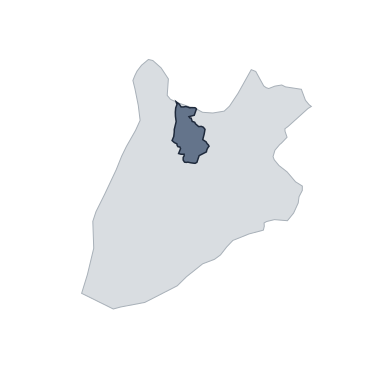 Kayanza on a map of Burundi (Natural Earth projection), rotated 25°
{"feature_id": "BDI-2640", "entity_name": "Kayanza", "entity_type": "Province", "adm_level": 1, "iso_a3": "BDI", "parent_name": "Burundi", "parent_adm1": "", "projection": "natural_earth1", "projection_center": [29.667, -2.994], "detail": "fine", "context": "in_parent", "style": "filled", "palette": "slate", "viewbox_px": 384, "rotation_deg": 25, "n_neighbors": 0, "source": "natural_earth", "source_scale": "10m", "svg_char_len": 1906}
<svg xmlns="http://www.w3.org/2000/svg" viewBox="0 0 384 384"><g transform="rotate(25 192 192)"><path d="M264.0,64.0L261.8,67.4L251.5,91.7L249.5,95.4L250.6,97.6L255.0,102.2L252.4,109.9L251.4,112.0L249.5,119.1L250.5,125.7L253.0,128.1L259.7,131.3L269.7,133.6L281.5,139.0L289.5,140.0L291.3,144.0L291.0,151.0L292.9,157.1L293.0,168.1L290.6,177.7L278.4,182.2L272.1,187.2L270.4,189.6L272.0,192.5L272.8,196.4L261.3,206.0L249.5,218.6L246.7,227.0L244.4,237.0L240.9,243.4L232.0,252.6L222.8,271.1L218.3,283.2L195.9,312.0L175.9,326.4L170.1,331.3L134.8,330.5L132.1,311.0L126.7,284.5L114.5,260.5L113.3,250.4L113.8,231.1L113.9,203.9L113.1,189.2L113.3,178.6L114.8,160.0L114.7,149.0L106.7,136.2L96.7,122.6L91.3,115.9L91.0,110.6L91.1,105.6L92.7,98.4L96.5,90.3L100.9,89.4L111.6,92.6L122.8,99.5L128.7,114.9L133.3,117.1L141.5,117.1L162.6,115.0L167.9,115.3L177.5,111.6L187.0,105.1L189.7,98.4L192.0,83.3L194.0,56.1L198.8,55.8L212.1,65.5L215.0,66.1L217.8,65.8L222.4,61.0L228.1,57.1L232.3,57.2L247.7,52.7L256.0,60.9L261.2,63.4L264.0,64.0Z" fill="#d9dde1" stroke="#a8b0b8" stroke-width="1"/><path d="M159.0,114.4L159.8,114.4L161.0,114.9L161.0,115.7L161.6,121.5L157.4,125.0L158.8,125.8L160.0,125.4L162.4,128.0L163.8,127.7L165.1,127.7L166.3,128.7L170.4,129.9L172.7,128.6L174.9,128.5L177.3,129.7L178.5,134.1L179.6,140.0L183.6,140.6L185.2,141.8L186.9,142.4L188.1,143.3L187.7,145.0L187.6,147.4L188.1,149.6L183.1,156.0L183.9,163.1L182.7,164.7L181.0,165.3L178.3,166.1L175.6,166.7L174.3,167.6L172.6,168.1L170.5,166.8L169.4,164.4L169.6,162.5L168.9,161.1L166.1,162.4L163.6,162.8L163.3,157.5L161.9,156.3L160.2,156.9L159.0,156.2L157.9,154.7L155.2,154.7L152.2,153.8L152.0,149.4L150.6,145.2L149.5,142.8L147.9,134.9L145.0,130.4L143.1,126.6L141.7,122.7L141.4,119.0L139.4,116.9L143.5,117.8L146.1,119.5L148.2,118.6L150.3,117.1L152.8,116.7L153.9,116.8L154.8,116.4L155.7,115.8L159.0,114.4Z" fill="#64748b" stroke="#1e293b" stroke-width="1.5"/></g></svg>